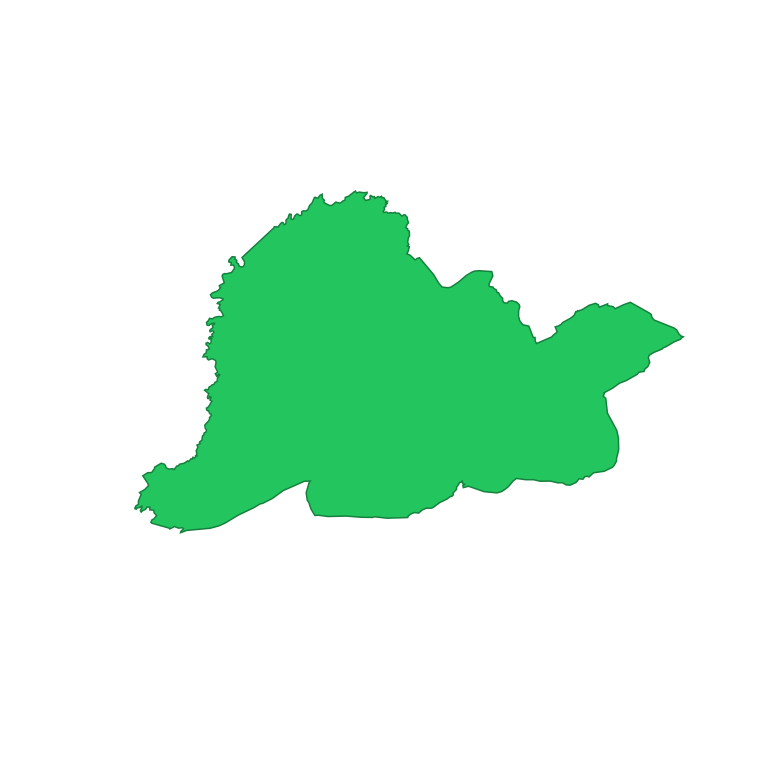 outline of Kong Krailat, Sukhothai, Thailand, rotated 237°
{"feature_id": "78962969B68558189238203", "entity_name": "Kong Krailat", "entity_type": "district", "adm_level": 2, "iso_a3": "THA", "parent_name": "Thailand", "parent_adm1": "Sukhothai", "projection": "equal_earth", "projection_center": [100.025, 16.942], "detail": "fine", "context": "isolated", "style": "filled", "palette": "green", "viewbox_px": 768, "rotation_deg": 237, "n_neighbors": 0, "source": "geoboundaries", "source_scale": "gbopen_adm2", "svg_char_len": 6171}
<svg xmlns="http://www.w3.org/2000/svg" viewBox="0 0 768 768"><g transform="rotate(237 384 384)"><path d="M576.9,435.5L577.1,432.9L576.0,430.0L576.6,428.9L578.0,428.2L578.3,427.2L575.1,422.4L574.2,418.7L571.7,415.2L571.7,412.4L573.2,410.8L573.3,408.7L571.0,407.5L570.6,406.2L571.4,404.9L573.6,404.1L574.1,403.2L573.5,400.5L571.6,398.0L572.3,396.3L573.4,396.1L576.7,398.6L577.9,397.6L577.6,396.3L575.5,394.1L574.8,391.0L572.6,389.7L571.7,388.2L572.1,387.0L574.3,387.2L575.0,386.6L574.9,384.6L573.4,380.7L575.7,377.7L574.9,376.5L567.4,333.8L562.4,333.6L560.0,331.8L559.1,329.8L559.9,328.0L561.5,326.9L564.4,327.2L566.0,326.5L567.9,327.9L569.9,327.0L571.6,328.3L573.5,326.0L572.4,321.5L570.9,320.3L568.9,322.0L567.0,320.3L566.0,322.2L564.8,322.6L563.1,322.0L562.0,320.7L560.6,316.8L562.1,312.3L563.5,310.3L563.7,308.4L562.7,307.0L555.8,305.1L556.2,299.5L555.1,299.0L553.7,299.4L552.9,296.4L552.8,294.4L553.9,289.7L553.3,287.0L550.6,286.7L548.9,287.6L546.0,293.0L543.1,295.4L542.2,294.5L542.5,293.0L542.1,291.5L542.9,289.5L542.3,288.0L539.9,290.0L537.8,286.5L536.7,287.4L535.5,286.2L534.3,287.1L529.0,286.7L528.7,284.4L530.5,282.4L532.1,278.7L532.2,275.4L534.1,273.5L532.8,271.2L532.3,268.7L530.0,267.7L529.0,268.2L528.5,269.2L528.6,272.7L527.1,274.9L526.5,274.0L526.9,272.1L524.5,271.3L524.2,268.0L523.4,266.7L522.4,266.7L522.2,268.7L521.5,269.6L519.8,269.3L519.4,266.5L517.1,266.2L518.6,263.8L517.9,261.9L517.0,261.8L516.7,263.9L516.1,264.3L515.4,262.9L513.9,262.4L512.6,260.9L512.6,259.7L514.9,258.8L515.1,256.9L513.7,256.2L512.1,257.0L508.7,256.7L508.5,255.7L509.4,253.8L506.9,251.9L506.9,249.3L505.4,246.9L503.1,250.5L501.2,249.5L499.7,250.0L498.8,253.7L495.5,255.5L493.7,255.0L490.3,251.7L484.9,251.1L484.5,250.5L484.5,248.1L481.6,247.9L482.2,250.8L481.2,251.3L479.8,247.8L477.0,245.2L477.5,243.3L476.3,241.1L476.9,239.3L476.5,237.4L476.7,235.6L475.0,233.7L476.6,231.3L476.5,230.1L471.4,231.8L469.2,228.8L467.9,228.3L467.3,229.0L468.3,231.1L467.1,231.8L465.4,229.3L463.4,230.3L460.9,225.4L460.3,223.1L460.5,222.0L459.0,221.1L457.6,221.5L457.3,222.3L454.1,221.7L453.0,222.4L451.7,222.2L450.9,219.4L449.7,218.7L448.6,216.9L447.2,211.4L444.2,209.9L442.1,210.1L440.7,208.5L440.9,206.5L439.5,205.1L439.3,203.5L436.1,200.7L435.8,197.6L434.1,197.3L434.7,193.9L432.3,193.5L430.3,190.1L427.6,189.1L426.9,188.2L425.6,188.1L426.4,186.8L425.5,186.2L425.1,184.8L426.6,183.9L425.5,182.6L426.4,181.6L425.4,178.0L426.5,177.4L426.4,173.3L428.1,168.7L427.3,167.0L428.1,165.5L426.5,161.4L428.1,160.7L429.7,157.3L432.4,155.6L434.7,156.3L436.5,156.0L438.9,154.0L439.2,146.5L438.0,145.3L436.3,140.9L438.3,137.6L438.4,131.7L429.3,131.8L427.0,131.2L425.8,126.0L426.1,119.8L423.7,120.3L419.6,114.3L416.8,112.4L416.9,109.6L415.6,107.4L414.8,107.3L413.9,108.1L414.5,109.7L413.5,111.7L413.4,114.3L412.3,113.6L410.5,110.7L408.8,110.6L409.2,112.6L408.7,115.8L409.9,118.3L408.1,120.6L406.0,119.0L403.6,122.1L401.2,121.0L397.6,121.7L396.2,117.8L396.4,115.2L394.9,113.1L393.6,113.5L380.3,125.2L379.1,125.4L378.6,130.6L375.0,133.2L373.2,136.7L371.7,137.0L371.1,133.5L370.1,132.4L368.6,138.9L357.7,159.6L354.9,168.4L353.9,175.3L353.4,190.5L351.2,207.2L350.9,214.9L350.0,217.0L348.8,228.1L349.5,241.6L345.8,264.2L342.8,269.3L341.9,267.3L335.2,259.5L328.2,256.3L325.7,256.4L319.0,254.7L311.4,254.4L309.6,257.6L303.4,264.8L293.6,280.7L284.5,292.5L278.4,301.6L277.7,303.8L270.0,313.2L259.1,331.1L260.3,333.0L260.2,336.9L259.4,339.8L256.9,342.7L257.5,347.3L256.9,351.6L254.1,356.1L253.7,357.8L254.2,366.3L253.2,374.1L253.5,378.2L252.8,380.1L253.3,381.8L254.9,382.4L256.1,387.3L258.1,388.9L258.9,391.6L260.2,393.5L259.6,395.0L260.0,396.7L257.3,395.8L255.9,396.9L255.9,394.9L253.9,394.1L252.2,399.2L239.1,409.4L231.1,419.5L229.7,424.2L229.8,429.3L230.3,432.9L232.4,439.6L232.6,443.7L226.4,450.9L222.2,457.4L217.4,462.0L211.9,470.7L206.4,476.0L204.0,479.8L200.1,481.9L197.8,485.0L196.8,491.4L198.3,495.9L195.8,499.0L196.8,501.6L196.8,502.6L195.9,504.2L194.4,505.3L195.4,511.4L190.9,521.1L189.7,530.1L190.1,532.0L192.6,536.8L194.9,538.5L200.9,544.9L211.0,551.2L218.4,554.0L237.8,555.5L251.3,562.2L254.2,561.2L256.2,563.7L256.8,563.7L256.0,573.3L256.4,582.0L254.9,589.2L254.2,601.7L255.1,604.0L252.9,608.9L254.5,610.9L254.8,614.5L257.3,618.6L262.0,620.0L263.6,621.9L263.6,627.1L261.9,635.9L262.3,638.3L261.7,640.6L261.3,650.3L260.0,657.3L260.6,657.9L260.6,660.7L262.6,659.2L265.4,658.6L269.9,658.9L272.9,657.8L290.5,645.4L294.1,645.0L296.8,646.0L298.6,645.4L318.3,635.1L319.9,628.6L321.3,618.8L324.0,618.3L327.9,614.3L329.4,615.2L331.2,606.3L333.7,606.9L336.4,605.4L338.3,598.9L338.4,590.9L339.4,586.6L340.0,586.4L339.7,584.7L340.2,584.2L338.0,580.8L337.6,576.8L338.2,567.1L337.5,565.0L337.7,561.7L338.7,558.7L333.3,557.6L332.6,551.7L332.1,550.3L334.9,533.9L337.7,534.3L340.8,536.0L341.7,534.5L353.7,537.0L358.2,532.6L362.9,532.3L367.5,533.7L372.1,536.8L374.9,540.0L377.0,540.6L380.5,539.8L384.1,536.7L385.5,533.3L384.8,532.1L384.9,531.0L386.9,528.9L389.3,528.9L391.3,530.2L394.2,529.5L398.2,529.8L399.0,528.7L402.0,529.4L404.3,528.0L405.8,528.3L408.0,525.9L409.1,525.5L411.0,527.0L415.3,534.1L419.6,535.6L427.4,525.2L429.4,521.4L430.0,518.3L430.2,512.1L428.9,501.9L428.8,492.8L429.9,490.1L433.7,485.5L438.8,484.8L448.8,485.2L470.6,482.5L471.3,480.0L471.0,478.5L471.4,477.6L477.6,476.1L480.8,474.1L482.0,476.4L485.3,480.0L487.0,478.8L487.5,480.7L490.1,481.1L493.6,484.4L494.3,486.1L498.4,488.4L500.3,487.7L501.4,488.4L503.2,487.5L505.0,489.7L505.9,492.4L509.7,493.3L511.0,494.3L514.6,493.7L515.1,492.7L515.0,490.5L519.1,489.6L520.7,487.2L522.0,486.8L522.7,484.4L524.2,482.8L524.9,480.6L526.7,480.0L528.1,477.3L529.3,477.3L530.0,479.4L532.0,480.3L532.0,482.3L533.6,483.1L533.5,484.4L533.9,485.4L535.0,484.1L535.5,484.6L535.5,486.3L536.3,485.3L540.4,485.3L541.1,484.0L542.9,484.1L542.9,482.1L544.3,481.3L544.7,477.5L546.5,477.9L547.0,476.7L549.4,475.5L549.2,474.5L547.4,473.8L546.5,472.5L548.0,468.6L551.4,468.2L553.0,473.4L553.9,474.2L555.4,471.3L558.4,467.8L559.2,465.2L561.5,465.0L560.8,456.5L561.6,453.2L559.5,451.5L559.9,449.4L559.5,446.4L559.9,445.4L562.8,442.6L562.2,437.6L563.3,435.6L568.7,432.5L569.6,432.7L570.5,434.1L573.3,433.4L576.9,435.5Z" fill="#22c55e" stroke="#15803d" stroke-width="1.5"/></g></svg>